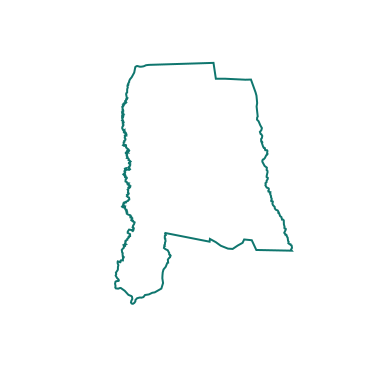 Saladas, Corrientes, Argentina (Natural Earth projection), rotated 303°
{"feature_id": "61730980B15780158540393", "entity_name": "Saladas", "entity_type": "district", "adm_level": 2, "iso_a3": "ARG", "parent_name": "Argentina", "parent_adm1": "Corrientes", "projection": "natural_earth1", "projection_center": [-58.717, -28.241], "detail": "fine", "context": "isolated", "style": "outline", "palette": "teal", "viewbox_px": 384, "rotation_deg": 303, "n_neighbors": 0, "source": "geoboundaries", "source_scale": "gbopen_adm2", "svg_char_len": 6031}
<svg xmlns="http://www.w3.org/2000/svg" viewBox="0 0 384 384"><g transform="rotate(303 192 192)"><path d="M318.4,180.2L315.3,175.7L305.1,158.2L300.0,150.3L312.0,139.7L275.2,86.7L273.3,84.4L271.1,83.0L269.8,81.6L268.7,80.1L267.9,77.6L267.3,76.9L265.9,76.4L260.7,78.5L255.4,78.9L252.6,78.6L250.5,79.0L250.0,79.4L248.2,79.4L247.9,79.9L246.9,79.8L246.7,80.3L245.7,80.1L244.7,81.2L243.0,81.6L240.1,83.4L239.0,83.1L238.0,83.6L235.5,86.0L235.6,86.7L234.9,86.8L234.6,86.2L234.0,86.2L233.7,86.8L231.9,86.5L231.8,87.3L231.2,87.4L231.2,86.9L230.4,87.4L230.6,87.9L229.5,87.6L229.1,87.3L229.2,86.6L228.6,86.4L228.2,86.6L228.4,87.1L228.0,87.5L227.6,87.4L227.1,86.8L226.4,87.6L225.3,87.2L224.9,87.9L222.7,89.2L222.4,89.7L222.9,89.9L222.5,90.3L221.4,90.2L220.9,89.8L220.5,90.2L220.6,90.9L219.8,90.8L219.4,91.2L219.7,91.8L219.0,91.8L219.2,92.3L218.5,92.1L218.2,92.5L218.4,93.0L217.6,93.3L217.2,92.3L216.3,92.9L216.2,93.5L215.6,93.5L214.8,94.5L214.0,94.4L214.0,95.1L213.5,95.4L213.9,95.8L213.1,96.8L212.0,96.5L211.4,97.6L210.9,97.9L210.5,97.7L210.3,98.2L208.4,98.2L207.5,98.7L206.9,99.6L206.8,100.6L206.4,100.6L206.3,101.2L207.1,101.6L206.5,101.9L206.4,102.4L205.1,102.2L204.9,102.6L205.5,104.0L204.9,104.2L205.1,104.9L204.6,105.7L203.7,106.2L203.4,105.1L202.5,105.0L202.2,105.6L200.8,106.0L200.4,107.1L199.6,107.7L197.9,107.3L197.4,108.0L196.4,107.6L194.7,108.9L193.7,108.7L193.7,110.0L194.4,110.6L194.8,110.3L195.2,110.5L195.3,111.2L193.4,112.5L193.1,115.3L192.6,115.3L192.4,115.7L192.7,116.3L192.5,116.8L191.5,116.8L191.1,116.4L191.9,115.6L191.6,115.1L190.2,115.3L190.0,116.3L189.5,115.3L188.8,115.1L188.3,115.5L188.3,117.0L186.8,117.4L186.6,117.8L186.9,118.0L186.3,118.8L185.1,118.9L185.5,120.1L185.1,121.1L184.3,121.4L184.5,121.8L184.1,123.9L183.2,123.6L182.8,124.1L182.2,123.2L181.8,123.3L181.1,125.5L178.9,125.9L178.9,125.4L178.0,125.4L177.3,127.6L176.4,127.3L175.3,125.0L175.3,124.4L176.2,123.9L175.5,123.2L174.9,123.0L174.2,123.9L174.7,124.2L174.9,124.8L173.7,124.6L173.7,124.2L173.1,123.9L172.5,124.1L171.8,125.4L170.7,125.4L170.4,125.8L170.1,125.5L170.3,125.0L169.4,124.8L169.1,126.1L170.1,126.5L169.0,127.9L168.7,127.9L168.4,127.3L167.9,127.8L168.5,129.5L168.1,129.8L166.2,129.6L164.6,130.5L164.8,132.0L164.3,132.4L164.3,133.0L164.8,134.2L163.3,134.1L163.4,135.3L163.7,135.8L163.3,136.3L163.4,137.1L163.0,137.2L161.7,136.3L161.1,136.2L160.9,136.7L161.1,137.2L159.0,136.7L158.4,137.8L156.7,138.5L156.3,139.0L156.4,139.7L155.9,139.9L154.5,139.2L154.4,139.7L153.1,139.6L152.8,140.8L153.0,142.2L151.9,143.3L151.5,143.5L150.4,143.0L149.8,143.2L147.7,141.8L147.3,142.2L146.6,141.2L145.9,141.4L145.9,140.7L145.5,140.6L143.7,141.2L143.5,142.2L142.7,141.4L141.6,141.3L141.6,141.8L142.5,142.7L141.9,143.1L142.3,143.5L142.3,144.1L142.7,144.2L141.8,144.7L141.1,145.7L141.5,146.7L141.1,147.2L140.6,146.8L139.8,147.6L140.2,148.0L139.9,148.6L139.3,148.4L138.3,149.1L138.3,150.9L138.9,153.0L138.5,153.5L138.4,154.3L137.9,154.4L137.6,153.8L137.1,154.2L137.6,155.7L137.5,156.2L135.3,156.4L135.2,157.6L135.7,157.5L135.9,158.0L135.2,159.2L135.3,160.4L133.6,160.9L131.7,160.9L130.2,161.4L130.4,161.9L130.2,162.4L129.4,162.6L129.5,163.1L127.8,163.7L127.0,163.6L127.0,162.5L127.3,162.2L126.2,159.7L123.8,159.7L122.7,160.3L122.9,163.0L121.3,164.1L120.4,163.2L119.9,163.2L119.7,163.8L119.3,163.8L117.6,163.2L116.8,163.8L115.0,162.8L114.4,162.9L114.2,163.5L112.3,163.8L112.2,165.0L111.7,164.6L110.7,165.1L110.7,164.2L110.2,163.5L109.0,164.8L108.0,165.2L106.8,164.8L105.1,164.7L103.1,166.5L103.0,167.2L101.4,168.0L100.6,169.1L100.2,169.1L99.9,169.6L100.1,170.3L99.3,170.4L98.9,170.1L97.0,171.3L96.1,169.7L94.6,169.5L94.4,170.1L93.9,170.0L93.4,167.6L92.8,167.7L91.5,168.7L90.6,170.1L88.8,170.7L86.9,171.9L85.9,172.2L82.9,172.1L81.8,173.2L80.3,173.5L79.0,176.1L78.6,178.1L77.8,178.9L77.3,178.7L76.0,177.1L75.1,176.7L73.2,177.4L71.6,179.0L70.1,179.7L69.7,180.6L70.7,182.7L72.4,184.0L72.7,184.7L72.5,189.4L71.1,194.7L71.7,197.8L71.5,198.7L69.8,200.2L67.6,200.4L66.1,201.0L65.6,202.1L66.0,203.3L67.5,204.0L69.3,204.1L70.6,203.4L73.0,203.8L75.1,205.7L75.8,207.1L77.4,208.5L80.0,208.7L82.6,211.6L85.9,213.6L87.5,215.4L94.3,218.9L99.9,217.3L103.5,214.1L105.7,212.8L108.7,211.2L111.5,210.3L115.0,210.7L118.9,209.9L119.7,210.5L122.1,208.6L123.6,208.6L125.4,209.1L125.9,208.8L126.9,208.8L127.3,208.0L127.0,207.6L127.2,206.9L128.4,206.1L129.9,203.4L129.6,200.8L129.8,198.9L131.2,198.4L131.8,198.6L131.9,198.0L132.5,197.7L133.3,197.8L134.9,196.9L136.1,196.7L137.3,195.9L137.9,195.0L138.4,194.9L138.6,194.2L140.5,193.1L141.6,193.5L142.4,192.1L143.1,192.0L159.9,233.8L162.4,232.6L162.9,239.2L162.6,245.4L164.1,253.0L166.4,257.1L172.0,259.5L176.9,262.1L180.6,261.6L184.1,268.4L178.4,277.5L197.1,307.6L197.5,306.4L199.6,306.3L201.4,304.7L201.3,303.5L201.8,303.1L201.4,302.0L201.5,300.7L202.9,300.2L203.3,299.2L205.9,297.0L206.3,295.8L207.3,294.9L207.5,294.2L207.0,293.7L207.7,292.6L208.0,291.6L211.6,291.1L212.2,290.6L211.9,289.4L212.2,289.0L213.3,288.5L214.9,286.7L218.2,284.4L218.4,283.1L217.9,282.5L219.7,280.6L219.8,279.0L221.4,276.9L221.5,275.8L222.1,275.9L223.0,274.3L223.2,273.7L222.8,272.6L222.9,271.4L223.5,270.2L224.5,269.5L225.1,267.0L226.0,265.8L227.9,265.1L228.1,264.6L227.5,263.5L227.9,263.1L229.6,262.7L230.8,260.9L231.6,260.6L232.7,258.8L233.5,258.5L233.6,257.9L234.5,257.8L234.0,255.9L234.6,255.3L235.4,255.4L236.6,254.6L236.8,254.1L236.4,252.2L237.6,249.9L238.5,249.7L239.4,248.8L240.9,249.2L241.9,248.5L244.3,248.4L245.2,247.8L245.1,246.6L245.8,246.0L249.9,244.5L251.0,243.5L251.1,242.6L253.2,241.5L253.4,238.7L255.7,234.5L256.9,233.8L257.9,233.8L258.4,234.3L260.2,234.6L262.9,234.3L264.0,234.3L264.3,234.7L265.1,234.6L265.5,233.8L267.5,232.9L267.9,232.1L267.0,230.7L267.2,230.3L268.5,229.2L268.5,228.6L268.1,228.2L268.8,226.9L271.0,224.1L272.0,223.9L272.3,223.3L271.9,222.8L272.2,222.4L274.1,221.1L275.4,221.2L277.3,220.4L278.2,218.7L278.0,218.0L279.4,216.2L281.5,216.5L283.7,215.8L285.1,213.0L287.6,209.3L288.1,207.1L289.9,206.1L291.1,206.0L298.9,199.6L302.1,198.2L307.9,193.6L310.2,191.0L318.4,180.2Z" fill="none" stroke="#0f766e" stroke-width="2"/></g></svg>